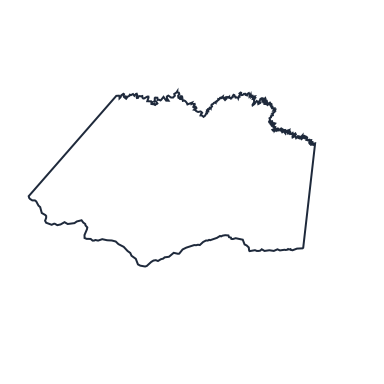 La Primavera, Vichada, Colombia, rotated 221°
{"feature_id": "7082276B79369128068178", "entity_name": "La Primavera", "entity_type": "district", "adm_level": 2, "iso_a3": "COL", "parent_name": "Colombia", "parent_adm1": "Vichada", "projection": "equal_earth", "projection_center": [-69.552, 5.549], "detail": "fine", "context": "isolated", "style": "outline", "palette": "slate", "viewbox_px": 384, "rotation_deg": 221, "n_neighbors": 0, "source": "geoboundaries", "source_scale": "gbopen_adm2", "svg_char_len": 6111}
<svg xmlns="http://www.w3.org/2000/svg" viewBox="0 0 384 384"><g transform="rotate(221 192 192)"><path d="M178.5,105.0L177.6,106.5L176.9,112.5L176.1,115.0L174.6,116.8L172.4,117.6L171.4,120.8L170.0,122.9L169.8,124.7L166.9,128.0L165.9,134.1L162.0,136.2L161.2,137.1L161.4,142.5L159.8,146.3L155.5,153.4L154.0,154.5L152.9,156.1L151.3,157.1L150.8,161.6L149.6,164.6L148.2,165.7L147.7,167.1L146.7,167.5L143.1,173.7L142.0,177.2L140.9,177.6L140.3,179.1L138.6,181.2L136.0,183.1L134.4,182.2L132.7,183.1L131.5,182.4L130.3,183.3L128.7,185.8L122.4,189.3L117.9,186.9L115.8,187.5L112.8,187.4L110.3,185.2L109.7,185.2L106.3,189.4L104.3,190.1L102.8,191.5L102.0,192.6L101.8,194.5L98.6,195.1L95.4,198.8L91.6,201.2L89.9,204.8L87.3,205.6L84.3,209.1L83.4,209.6L82.3,210.8L82.1,212.0L81.1,212.2L80.2,213.5L79.5,213.1L77.9,214.0L75.6,218.2L71.6,222.0L71.5,222.9L131.0,309.5L131.7,308.5L130.7,307.6L131.4,307.1L132.6,307.8L132.7,306.3L133.1,305.8L133.5,306.2L132.9,307.9L133.8,308.8L135.3,307.8L135.1,305.8L135.8,306.0L136.1,306.9L135.6,308.4L136.1,309.3L136.8,308.5L137.5,308.6L138.1,307.1L138.9,307.1L139.3,308.3L139.3,306.6L140.0,306.3L140.9,308.7L141.6,308.7L141.6,307.7L142.2,306.7L142.8,307.1L143.1,308.3L144.1,308.1L144.6,307.7L144.4,306.8L143.2,306.2L143.9,305.2L144.1,303.8L144.9,304.1L144.5,305.4L145.8,307.2L145.8,303.1L147.1,302.6L147.5,303.5L147.3,304.4L148.7,303.7L148.8,301.0L149.9,301.6L151.3,301.4L151.3,303.5L152.4,304.0L152.8,302.3L151.5,300.2L151.9,299.2L152.5,299.7L153.0,301.6L154.7,302.6L155.0,300.8L155.7,300.7L156.1,300.1L157.3,300.8L157.1,301.7L157.6,301.9L157.9,300.8L157.6,299.4L158.0,299.0L159.3,302.6L160.2,300.9L159.6,300.6L159.9,299.9L159.3,299.3L160.8,298.9L161.1,299.9L161.7,299.1L160.5,297.6L162.1,297.9L162.7,299.6L163.6,298.7L162.9,297.0L163.1,296.3L163.6,296.5L163.8,297.2L163.4,297.8L164.4,298.8L165.2,298.7L165.1,297.0L165.6,297.2L165.8,296.6L166.3,297.0L166.0,298.3L166.4,298.4L167.4,294.8L168.1,295.0L168.3,296.2L168.9,296.3L169.4,295.2L168.7,293.3L169.1,293.2L169.5,294.2L170.0,293.7L169.9,292.4L170.4,292.9L170.1,291.8L171.2,291.5L172.1,291.7L171.4,293.1L171.4,295.2L171.7,295.7L172.7,295.2L173.2,294.4L174.0,294.7L174.2,298.3L175.3,297.8L175.5,294.4L177.0,294.9L177.2,297.4L178.0,298.0L178.5,297.5L178.4,295.5L179.0,295.9L179.3,295.3L179.9,295.5L180.4,297.6L181.9,298.5L181.4,300.2L182.2,301.0L181.6,302.3L181.9,302.8L181.5,303.1L182.1,303.6L182.3,304.4L182.7,304.1L182.3,306.7L182.6,306.9L182.4,307.7L183.1,307.8L183.3,309.2L184.0,309.0L184.3,307.8L184.7,309.2L185.9,308.2L186.6,308.6L186.8,307.8L187.3,308.0L186.9,308.8L187.3,309.2L188.4,308.5L188.5,307.8L189.0,309.7L190.4,309.0L190.3,310.4L191.1,310.2L191.8,310.6L192.1,310.2L192.2,307.2L193.5,307.4L194.1,308.9L195.3,309.8L195.8,309.1L195.2,307.4L194.1,306.7L195.2,305.9L196.3,307.0L197.1,310.2L198.3,310.9L198.4,309.4L197.3,308.0L197.5,306.6L199.4,307.4L198.6,308.9L200.1,309.2L201.0,308.4L201.4,307.0L200.7,305.4L200.9,304.0L200.1,303.5L199.0,304.4L198.9,304.0L199.7,301.9L201.4,303.3L202.9,303.1L202.6,299.3L203.1,297.2L203.5,297.5L204.1,300.7L205.4,301.9L205.9,303.4L206.4,302.9L206.1,304.6L207.2,304.5L207.3,305.4L208.1,304.5L207.6,303.5L207.8,303.0L208.6,303.9L209.1,303.9L209.4,303.0L209.8,304.2L210.8,303.5L211.4,304.0L211.0,302.9L211.2,301.7L213.0,303.6L214.0,304.0L214.6,302.1L213.9,301.0L215.3,300.4L216.3,301.0L217.2,300.1L217.4,298.5L218.2,297.6L219.1,297.6L220.0,299.1L220.6,298.9L220.8,297.5L219.5,297.2L219.5,295.6L218.6,295.1L219.1,294.3L218.6,293.1L219.3,293.5L221.0,291.9L221.7,292.5L222.4,292.1L223.6,292.9L224.4,292.6L224.1,290.7L223.5,290.1L224.3,288.8L223.2,287.7L224.5,288.2L225.6,287.5L226.2,288.1L226.2,287.4L227.2,287.4L227.8,286.3L227.2,285.4L227.4,283.1L228.7,283.3L227.9,285.3L228.6,285.8L229.5,283.9L230.2,283.9L231.0,283.2L231.4,284.0L231.6,283.0L230.9,281.5L232.0,282.4L232.6,281.5L232.2,279.9L233.2,279.4L232.5,278.3L232.9,277.2L232.6,276.6L233.3,275.7L232.6,274.8L233.3,274.7L233.9,273.7L233.9,272.3L234.5,270.9L234.3,270.2L233.0,269.7L233.1,268.2L232.8,267.7L233.4,267.9L234.0,267.3L233.9,266.8L233.3,267.2L233.1,266.8L233.4,265.4L234.3,265.0L234.1,264.1L234.4,263.5L233.8,263.0L233.1,263.8L232.5,263.4L233.4,261.7L232.2,261.1L232.7,260.0L232.2,258.3L232.6,256.3L234.6,256.3L235.8,255.4L236.4,256.9L236.3,258.4L237.4,258.6L238.4,258.4L239.9,256.4L241.9,255.8L242.9,256.2L244.3,255.5L243.8,258.3L245.1,258.7L246.1,257.0L246.8,257.0L247.2,258.1L247.2,259.7L247.8,260.2L248.6,259.3L249.8,259.2L250.2,257.9L250.7,258.2L250.8,259.1L252.9,255.1L254.5,255.9L256.6,256.2L257.8,256.0L258.7,254.8L260.0,255.9L261.3,254.9L261.5,257.2L262.4,257.6L263.3,257.0L263.2,254.4L264.1,254.2L265.6,255.5L265.7,257.5L267.1,258.3L268.5,257.5L269.2,258.4L269.0,256.9L269.7,254.3L268.1,253.4L268.3,250.8L269.9,249.5L273.1,249.2L273.5,248.2L273.5,247.4L272.3,246.3L269.6,245.5L271.4,244.0L275.9,245.1L275.7,241.1L275.9,240.4L277.4,240.0L278.3,239.0L280.0,240.4L281.7,239.1L281.7,238.4L280.5,237.1L280.0,235.9L278.4,236.8L276.2,236.1L276.3,235.5L276.8,235.5L276.9,233.5L277.8,233.2L278.6,233.9L279.5,232.3L280.4,231.8L280.9,232.4L280.9,233.9L281.7,233.2L282.3,233.6L285.3,231.2L286.8,234.8L287.5,235.4L288.3,234.7L289.5,231.2L290.1,230.6L291.3,230.7L292.5,231.8L293.3,230.7L294.5,230.0L295.0,228.9L294.5,227.6L295.2,226.8L296.2,227.4L296.7,229.1L298.2,229.9L298.6,229.3L298.6,226.8L300.8,227.2L301.7,224.9L302.7,224.7L302.5,223.0L303.4,221.2L304.8,220.6L304.6,219.7L303.0,220.2L302.9,219.2L305.7,219.1L306.6,219.6L307.4,221.2L308.2,221.1L308.8,218.5L308.1,216.6L308.2,215.2L309.5,216.6L310.3,216.8L312.2,214.9L312.5,81.7L311.0,80.7L309.7,80.5L307.0,80.9L305.0,82.6L303.4,82.7L298.9,81.0L296.7,81.0L291.6,77.6L287.5,78.4L286.3,78.2L285.1,76.8L284.0,73.9L281.9,73.1L276.4,75.2L275.4,77.4L274.8,78.0L271.9,78.6L269.9,81.3L268.4,85.6L264.8,86.3L260.3,91.4L259.6,94.2L256.8,98.2L254.1,97.6L251.6,97.8L250.4,96.9L247.8,96.6L246.8,94.9L244.9,89.0L242.9,86.8L240.8,87.5L237.7,90.1L235.1,90.1L234.1,91.0L233.4,92.4L231.0,93.7L228.8,97.5L224.4,99.9L220.7,102.8L217.1,104.6L213.3,104.4L207.6,105.8L201.9,105.2L198.6,105.5L195.8,104.2L190.6,104.7L185.3,101.9L182.7,102.5L178.5,105.0Z" fill="none" stroke="#1e293b" stroke-width="2"/></g></svg>